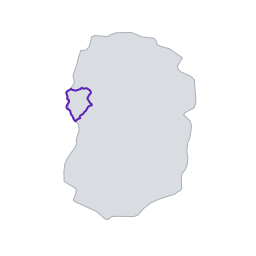 where Novaci sits in North Macedonia, rotated 111°
{"feature_id": "MKD-2947", "entity_name": "Novaci", "entity_type": "Statistical Region", "adm_level": 1, "iso_a3": "MKD", "parent_name": "North Macedonia", "parent_adm1": "", "projection": "equal_earth", "projection_center": [21.636, 41.014], "detail": "coarse", "context": "in_parent", "style": "outline", "palette": "violet", "viewbox_px": 256, "rotation_deg": 111, "n_neighbors": 0, "source": "natural_earth", "source_scale": "10m", "svg_char_len": 1734}
<svg xmlns="http://www.w3.org/2000/svg" viewBox="0 0 256 256"><g transform="rotate(111 128 128)"><path d="M116.1,66.6L120.1,67.1L128.9,64.7L134.4,61.3L137.2,60.8L140.9,59.5L146.2,59.7L151.6,61.2L158.4,59.3L165.2,56.1L167.9,56.9L170.8,59.6L172.7,60.3L184.0,74.4L190.1,80.1L197.4,84.5L205.6,87.6L208.6,90.7L214.0,105.7L216.5,111.5L220.0,113.2L220.9,114.8L221.1,117.0L217.2,127.6L215.8,151.4L214.8,153.3L210.6,153.2L205.1,153.7L203.1,155.6L200.9,168.4L192.1,172.1L184.1,174.1L177.3,173.7L165.4,170.6L161.5,170.3L158.1,172.0L147.5,172.9L142.9,175.2L131.9,190.2L120.8,195.4L117.0,198.0L108.5,194.7L104.5,194.4L98.6,198.2L85.7,198.6L82.2,199.3L72.3,199.9L71.9,197.8L70.0,194.8L65.4,193.3L56.0,194.6L53.7,192.3L49.8,179.6L46.8,177.5L43.4,173.2L37.7,159.4L37.6,153.3L38.0,148.0L34.9,135.6L36.9,132.5L39.9,130.5L39.9,125.6L39.2,118.0L42.7,103.2L43.7,102.1L44.6,102.8L53.0,104.0L55.2,102.1L56.6,99.2L57.1,88.3L59.2,83.3L79.6,73.8L85.6,73.5L90.2,77.8L93.9,80.6L96.1,80.6L96.9,77.7L99.4,72.3L103.6,69.2L116.0,66.6L116.1,66.6Z" fill="#d9dde1" stroke="#a8b0b8" stroke-width="1"/><path d="M130.9,192.8L128.8,193.2L125.0,192.4L123.0,193.3L122.4,195.5L120.5,195.6L117.4,198.3L115.4,197.9L111.9,195.0L112.3,194.0L112.3,193.0L111.8,190.1L109.1,186.9L108.8,186.2L107.2,185.8L107.0,182.8L105.9,181.5L105.7,180.5L106.5,177.0L107.2,176.1L108.3,175.3L109.1,175.3L111.2,176.1L114.5,176.6L115.3,176.1L118.4,172.1L118.7,170.7L119.4,170.1L119.9,170.1L120.9,171.7L122.1,172.5L123.0,172.9L126.7,173.4L129.1,174.6L130.9,174.9L131.6,175.4L132.3,176.3L133.9,177.0L135.6,177.0L136.1,176.3L138.0,178.4L140.4,179.3L140.3,180.3L139.3,181.8L136.7,184.3L135.7,186.1L132.9,188.0L132.2,188.9L131.8,191.8L130.9,192.8Z" fill="none" stroke="#5b21b6" stroke-width="2"/></g></svg>